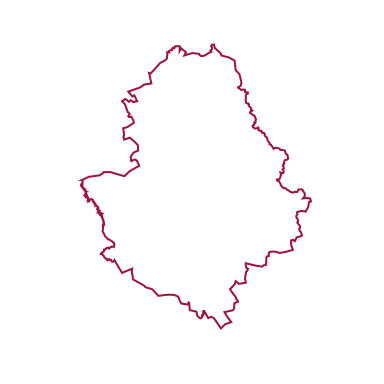 Amajuba, KwaZulu-Natal, South Africa (Equal Earth projection), rotated 145°
{"feature_id": "47623444B66034573524186", "entity_name": "Amajuba", "entity_type": "district", "adm_level": 2, "iso_a3": "ZAF", "parent_name": "South Africa", "parent_adm1": "KwaZulu-Natal", "projection": "equal_earth", "projection_center": [30.451, -27.741], "detail": "fine", "context": "isolated", "style": "outline", "palette": "rose", "viewbox_px": 384, "rotation_deg": 145, "n_neighbors": 0, "source": "geoboundaries", "source_scale": "gbopen_adm2", "svg_char_len": 6001}
<svg xmlns="http://www.w3.org/2000/svg" viewBox="0 0 384 384"><g transform="rotate(145 192 192)"><path d="M251.0,79.4L247.9,78.8L246.4,75.9L246.5,63.6L240.6,64.7L234.5,62.9L234.7,68.4L234.3,75.0L226.5,71.7L224.3,72.4L221.1,76.6L217.1,75.8L216.9,79.5L216.4,80.7L216.7,85.6L216.6,90.6L209.8,92.0L207.4,93.9L206.1,89.7L199.9,86.9L198.3,90.6L195.8,93.2L193.3,95.7L192.3,95.6L190.1,97.0L190.9,98.3L190.6,100.3L188.8,102.8L182.3,95.4L177.2,90.5L175.6,91.0L173.4,89.8L170.1,93.6L168.9,95.5L167.6,96.2L165.7,95.5L164.5,97.6L162.8,98.5L158.5,95.9L155.1,91.8L150.4,89.5L142.6,86.7L141.0,92.0L138.8,95.3L138.6,95.0L137.0,95.2L136.3,94.1L136.3,93.2L136.0,92.7L135.4,92.8L134.4,93.7L132.2,94.8L128.1,93.3L126.8,93.4L125.8,96.5L126.0,98.3L125.5,100.2L123.7,101.0L123.1,102.3L123.3,106.6L122.3,106.8L121.6,107.5L121.5,108.4L121.0,108.8L121.0,111.7L119.9,112.9L118.5,113.1L117.9,114.9L116.8,115.3L115.1,114.3L113.3,113.8L110.4,111.2L110.2,110.7L105.5,113.0L101.7,116.8L100.0,116.0L98.9,118.8L101.2,121.1L104.8,123.1L103.4,123.5L102.7,123.2L100.5,126.0L100.5,129.2L100.2,130.1L100.8,131.4L103.3,133.0L105.7,131.7L107.2,132.7L107.5,133.3L108.1,133.2L110.2,133.8L110.3,134.4L111.7,136.4L111.8,137.7L112.8,139.1L113.1,141.0L113.9,142.1L114.8,142.6L115.4,146.4L114.8,148.0L114.6,150.2L115.7,152.8L114.8,153.5L113.5,152.3L112.8,152.4L110.4,154.1L110.0,154.7L109.0,155.0L108.4,157.4L106.6,155.2L105.5,155.6L104.8,157.2L104.8,158.5L104.1,158.2L103.0,158.8L102.4,160.7L102.6,161.0L102.1,161.7L101.4,162.3L100.9,162.0L99.9,162.8L100.1,163.0L98.0,164.8L95.2,163.9L93.9,164.3L93.1,166.6L92.5,167.4L93.2,170.0L92.3,172.0L92.3,172.8L93.9,174.7L95.1,175.4L95.5,175.8L95.4,177.2L97.2,179.6L98.4,180.4L99.5,180.7L100.3,180.5L100.2,185.4L101.0,186.6L100.5,187.0L100.2,188.0L100.6,189.1L100.3,191.5L99.4,193.7L100.2,196.5L99.1,197.6L99.2,199.1L99.7,199.2L100.7,200.4L100.1,201.4L100.3,202.7L101.1,202.8L102.1,204.7L100.8,206.1L100.7,206.9L103.4,207.3L104.3,208.4L104.9,210.3L104.5,211.4L103.2,211.6L102.9,211.3L101.8,212.1L101.2,213.1L100.4,212.4L99.3,213.3L99.0,214.2L97.9,214.8L97.8,216.1L97.3,216.9L97.1,218.8L97.9,220.0L98.7,222.9L99.1,223.5L98.3,224.4L95.9,224.1L96.4,225.7L95.5,226.5L96.0,229.4L95.7,230.8L95.1,230.9L95.0,232.1L95.9,232.8L96.6,234.2L94.9,237.2L94.1,237.7L92.8,240.0L91.3,241.1L89.8,240.5L89.2,241.7L90.0,242.0L91.1,243.5L90.0,245.5L91.4,246.7L93.1,247.1L94.0,250.1L94.5,251.0L93.9,251.5L93.3,251.0L91.8,251.2L91.2,251.0L88.6,253.5L85.6,261.1L86.3,266.8L81.7,275.3L84.8,281.3L89.6,287.0L89.0,289.4L90.7,296.8L89.4,300.2L91.3,301.2L92.8,300.3L92.5,299.1L94.0,297.4L95.6,297.4L95.7,295.7L98.6,296.3L104.3,296.7L105.1,297.2L106.6,298.2L107.2,299.7L106.8,300.9L112.0,305.6L119.9,308.2L116.8,309.9L118.4,315.8L121.2,314.6L118.4,318.4L122.0,321.0L124.2,319.9L124.6,321.1L126.7,320.5L127.0,319.7L129.2,320.7L130.3,320.6L130.6,319.4L132.1,320.7L133.2,319.0L136.0,315.7L139.0,315.2L143.8,316.0L157.8,312.8L158.9,314.2L163.0,304.2L169.6,307.5L174.5,307.4L186.6,310.8L186.0,304.3L183.8,304.2L184.9,297.8L188.5,299.2L189.5,302.4L191.9,302.0L192.7,305.1L193.5,306.5L197.2,306.5L196.6,302.2L198.8,294.3L198.2,292.1L198.6,291.5L200.7,290.7L200.6,289.5L198.4,288.6L199.1,284.2L200.0,282.0L208.3,282.4L211.8,283.7L214.9,277.7L216.6,276.5L216.5,276.0L217.6,273.9L211.7,272.1L210.0,265.2L209.6,261.3L212.3,256.8L217.2,257.8L221.9,256.1L222.9,254.2L224.0,252.9L223.8,251.9L222.4,252.0L220.2,251.4L219.8,251.0L219.2,249.3L220.1,243.8L231.6,244.8L238.3,243.7L247.7,255.4L252.8,258.8L252.9,258.5L258.0,258.6L267.8,263.6L275.7,265.0L275.1,264.5L275.2,263.8L276.0,262.5L277.4,262.2L277.3,261.6L278.5,261.7L278.9,261.4L278.0,260.4L278.5,259.1L278.8,259.0L279.3,259.4L279.3,257.7L278.6,257.3L279.2,256.4L278.6,256.1L278.7,255.8L278.3,255.5L279.1,254.8L279.0,254.5L278.6,254.5L278.7,254.4L278.5,254.1L278.5,253.6L278.8,253.4L278.6,253.1L279.1,253.3L279.3,252.9L279.0,252.4L279.9,251.6L279.8,251.1L281.0,251.5L281.5,250.0L281.8,249.6L282.0,249.8L281.9,249.1L281.6,248.9L281.9,248.5L281.5,248.3L281.0,248.7L281.2,247.4L280.7,247.1L280.5,247.3L280.6,246.9L280.4,246.9L280.1,246.4L280.4,246.6L280.6,245.7L281.4,245.9L281.8,244.8L282.3,244.8L282.4,244.1L282.7,243.9L281.6,243.3L281.1,243.9L280.0,244.1L279.9,244.4L278.8,243.7L278.5,244.0L278.0,243.2L278.0,242.4L277.8,242.6L277.6,242.2L277.9,241.4L278.3,241.2L278.1,241.0L278.6,239.8L278.1,239.6L278.4,239.0L278.1,238.5L278.6,238.2L278.4,237.3L278.6,236.9L278.4,236.9L279.0,236.1L278.3,236.1L277.9,235.6L278.1,233.8L277.8,233.7L278.2,233.1L277.8,232.6L278.1,232.2L279.5,232.4L279.6,231.5L279.0,230.6L280.1,229.9L279.8,229.8L279.7,229.2L280.1,229.1L279.9,229.0L280.0,228.9L279.9,228.6L279.2,228.7L279.4,228.5L279.2,228.1L279.4,227.8L279.1,228.0L279.0,226.7L278.4,226.7L278.2,226.4L278.5,226.5L278.8,226.2L278.5,226.2L278.5,225.7L279.2,225.8L279.3,225.4L279.4,225.9L280.3,226.5L280.2,226.1L280.5,225.7L280.2,225.0L279.1,224.6L279.9,223.9L280.0,223.5L279.8,223.5L279.9,222.8L280.5,222.8L280.6,222.5L280.5,220.8L280.6,220.2L281.2,219.9L281.3,218.7L281.1,218.5L281.8,217.5L282.2,217.5L282.1,216.7L282.5,215.8L283.5,216.3L284.4,215.7L284.6,215.2L284.4,214.9L284.9,214.8L285.5,213.5L287.9,210.9L287.9,209.6L288.6,205.1L288.1,203.9L288.1,201.6L287.3,200.9L285.6,197.1L285.5,195.4L285.2,195.0L285.5,194.8L285.5,193.9L286.1,192.9L287.6,191.7L287.9,192.4L289.5,193.6L290.0,193.3L291.4,193.5L292.3,193.1L292.7,193.9L292.6,194.5L294.0,195.2L295.4,194.6L296.9,195.4L297.5,194.9L297.6,194.2L298.0,193.9L301.2,194.1L302.3,193.4L301.0,192.2L301.2,191.3L300.9,189.9L301.3,188.7L300.9,187.0L300.1,186.3L300.6,185.4L300.4,184.6L299.3,184.9L298.3,184.4L298.4,183.5L297.3,183.0L297.6,181.0L297.2,180.4L295.9,180.1L294.6,180.7L295.7,165.9L285.0,163.5L286.9,161.4L290.4,154.1L285.0,143.0L284.7,140.7L280.4,135.3L279.2,126.3L270.3,121.5L265.7,118.0L263.5,114.6L264.8,106.9L260.2,102.4L258.0,103.4L257.9,102.7L261.6,96.5L257.0,91.5L258.7,87.4L257.7,83.7L255.8,83.5L255.0,84.6L254.1,84.6L254.4,85.3L252.9,85.8L252.3,85.6L252.2,86.5L251.2,87.9L250.2,87.5L251.0,79.4Z" fill="none" stroke="#9f1239" stroke-width="2"/></g></svg>